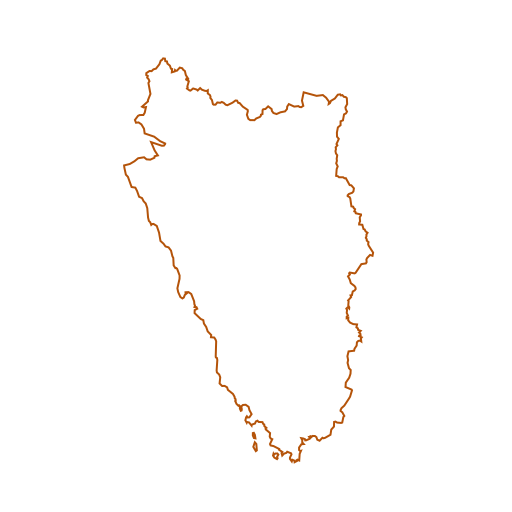 the district of Vohemar, Sava, Madagascar, rotated 171°
{"feature_id": "10022922B16213196407560", "entity_name": "Vohemar", "entity_type": "district", "adm_level": 2, "iso_a3": "MDG", "parent_name": "Madagascar", "parent_adm1": "Sava", "projection": "mercator", "projection_center": [49.724, -13.453], "detail": "fine", "context": "isolated", "style": "outline", "palette": "amber", "viewbox_px": 512, "rotation_deg": 171, "n_neighbors": 0, "source": "geoboundaries", "source_scale": "gbopen_adm2", "svg_char_len": 6054}
<svg xmlns="http://www.w3.org/2000/svg" viewBox="0 0 512 512"><g transform="rotate(171 256 256)"><path d="M183.0,121.2L181.1,124.9L180.3,128.6L181.7,130.6L182.3,136.1L181.3,138.8L181.4,142.7L179.5,147.3L173.9,147.1L173.2,149.0L170.6,151.8L169.8,155.0L168.3,156.1L166.6,156.2L165.4,155.1L165.3,158.2L164.3,159.1L166.8,160.7L166.5,161.2L165.1,161.4L165.1,163.0L166.2,164.3L164.3,165.7L166.7,167.1L166.7,168.6L168.0,169.8L166.9,172.6L170.6,173.5L173.5,175.5L175.0,178.1L174.5,180.5L176.2,180.3L175.9,181.9L174.5,182.8L175.3,185.6L174.5,188.5L175.0,189.9L173.3,191.1L172.2,189.6L171.9,190.7L172.6,192.8L171.6,196.9L172.0,197.7L168.5,200.5L168.8,202.3L167.4,202.3L166.0,205.8L163.9,206.6L162.7,207.8L162.7,209.5L163.5,211.1L166.6,214.3L167.1,218.1L168.3,221.5L166.2,223.0L166.7,224.4L166.0,225.0L161.3,223.4L160.3,223.8L153.2,231.5L148.6,231.5L147.7,232.6L147.5,235.3L146.6,236.6L143.2,239.2L140.9,238.0L139.8,241.0L143.1,248.6L143.4,250.2L142.7,252.1L144.2,253.9L144.0,255.2L144.7,256.8L143.8,258.2L143.6,259.9L142.2,261.5L143.9,263.2L144.5,265.2L145.6,265.8L146.1,270.2L149.2,271.0L148.9,272.4L147.8,273.9L147.5,278.0L145.9,279.8L145.8,280.6L150.8,282.6L150.9,284.1L151.9,284.7L150.8,286.7L152.0,288.1L152.3,289.5L154.0,290.1L153.9,298.0L154.3,299.4L156.1,300.8L156.0,301.6L154.6,302.7L151.1,303.4L149.7,304.5L148.7,307.5L150.8,310.9L152.4,311.4L155.1,318.8L156.4,318.9L157.6,320.1L161.7,320.8L162.7,322.0L164.3,322.6L162.7,329.3L161.3,331.7L162.3,335.0L161.2,337.3L161.1,339.4L160.0,342.8L161.0,344.8L161.1,347.2L160.3,349.0L160.3,350.9L158.3,352.6L159.0,354.0L155.9,358.7L157.3,361.2L156.8,365.2L155.0,370.2L152.0,372.0L151.4,375.8L148.9,376.4L146.9,382.1L144.8,382.8L143.5,384.4L144.4,386.8L144.4,388.9L142.2,391.8L141.6,397.7L142.5,398.9L144.3,399.5L145.5,401.4L147.0,401.3L147.6,402.5L150.0,402.5L153.5,399.2L157.7,397.5L159.1,395.4L160.4,394.8L159.7,396.9L162.0,401.4L164.8,404.5L171.1,404.7L183.3,410.2L186.3,402.3L185.8,396.9L188.1,395.9L189.7,396.4L190.6,397.4L194.9,397.6L199.8,400.9L201.8,398.7L202.4,396.3L204.7,394.3L209.4,394.1L213.5,393.0L216.4,394.5L217.6,396.8L217.6,398.7L220.6,401.9L223.7,399.7L225.9,399.8L226.7,399.0L227.4,395.2L229.0,394.8L229.3,393.7L230.5,392.7L234.3,391.8L236.3,390.4L240.5,391.1L242.1,392.7L242.9,396.9L241.4,400.3L241.4,401.6L245.7,405.6L248.3,409.7L249.6,410.0L250.4,412.4L251.9,412.8L255.2,411.1L260.7,409.4L262.3,410.2L263.9,412.3L265.7,413.5L267.3,412.9L270.2,413.7L272.3,411.8L274.2,412.1L274.8,412.8L275.1,416.9L276.4,419.3L276.0,420.5L276.3,422.1L278.2,424.1L277.7,427.2L278.9,426.7L280.5,427.1L283.4,428.7L284.9,430.6L287.7,428.6L288.6,429.7L291.9,431.3L294.8,429.6L295.7,429.9L298.0,432.2L297.1,433.2L297.3,434.2L295.0,439.1L297.4,441.2L297.1,441.8L295.7,440.9L295.2,441.5L297.0,445.7L297.3,449.8L298.9,451.5L299.4,452.9L301.8,454.0L305.1,451.4L306.2,451.4L306.9,452.3L307.4,451.0L310.4,450.6L309.6,453.8L310.7,454.3L311.3,457.5L313.4,459.9L313.5,462.1L315.1,462.6L315.1,465.2L316.8,465.7L318.4,464.2L319.5,463.9L321.4,460.5L325.5,456.7L328.1,456.4L330.2,454.9L332.2,455.4L335.7,453.8L336.1,451.9L334.7,450.7L335.6,449.2L334.4,447.4L333.9,445.3L335.2,443.7L334.9,432.6L338.4,426.7L338.5,425.6L345.2,421.3L343.8,420.3L341.4,420.3L343.5,414.9L345.2,412.9L348.9,413.4L350.6,412.9L354.3,409.3L353.7,406.4L351.1,406.3L348.6,403.9L346.7,399.2L346.8,394.5L337.9,389.8L332.7,384.4L328.1,381.3L328.3,380.7L329.7,379.4L331.7,379.6L341.8,384.9L339.6,376.1L337.2,370.7L340.5,370.4L341.0,368.9L345.4,367.7L349.0,368.6L351.1,371.0L357.1,371.0L361.2,368.6L366.3,366.6L372.1,366.1L372.2,363.8L371.8,356.7L370.1,354.2L368.1,343.6L364.5,342.4L363.3,338.8L362.2,332.8L359.5,331.0L358.4,327.6L356.7,325.1L355.9,320.3L356.6,310.8L356.3,307.4L355.2,305.9L354.6,303.1L353.5,303.8L352.2,303.7L349.3,301.2L348.1,294.2L348.0,285.8L345.4,282.6L343.9,279.6L341.0,278.2L339.1,274.6L338.6,268.8L338.0,267.0L338.8,259.6L337.5,256.6L336.6,256.6L335.9,255.7L334.5,248.7L335.1,245.4L338.7,236.4L338.5,232.5L337.1,227.3L335.3,225.6L333.8,226.3L332.4,228.7L330.5,229.8L331.4,230.2L331.3,231.2L328.3,230.9L325.9,228.6L324.2,221.0L324.4,218.0L324.0,216.7L324.7,215.2L322.8,214.8L322.3,213.1L325.0,212.2L325.6,209.2L320.4,202.4L318.1,200.9L318.0,197.4L316.3,193.7L315.5,189.1L312.6,185.0L313.2,182.8L310.0,182.0L309.0,179.7L308.7,177.9L311.5,163.1L311.5,162.1L310.5,161.3L310.5,159.2L312.8,149.1L312.8,147.1L310.9,144.7L310.3,141.8L311.9,135.8L309.8,132.9L307.3,132.6L305.1,130.8L304.7,128.2L300.3,123.3L299.2,120.3L299.2,118.6L298.6,117.9L298.7,116.1L299.2,115.9L298.4,113.0L296.8,110.8L296.1,111.2L295.3,110.2L295.8,107.8L295.2,105.5L294.4,105.7L294.0,107.0L294.1,109.7L292.2,110.9L289.5,110.7L286.9,108.2L286.6,104.8L285.1,100.5L287.8,97.7L289.5,97.8L290.1,99.1L291.0,98.2L292.2,95.4L291.3,92.9L291.0,93.5L288.9,92.7L286.9,89.2L286.6,90.1L283.2,90.7L282.0,92.6L280.3,93.1L279.4,91.7L275.6,90.9L275.2,89.1L274.2,88.3L274.4,86.8L272.7,84.7L273.5,84.4L273.5,83.2L269.8,78.9L270.7,75.4L270.1,73.5L268.6,72.5L271.6,68.1L271.2,66.6L268.4,65.5L263.3,61.8L263.6,61.1L260.6,58.3L261.6,57.4L261.3,54.8L259.3,56.4L256.8,56.8L255.8,57.8L252.2,55.6L252.0,54.5L254.0,51.6L254.2,50.3L252.8,47.5L252.0,49.1L250.0,47.8L250.1,46.3L247.5,47.2L247.7,48.0L246.9,48.4L245.3,47.3L243.8,53.8L242.1,56.5L242.8,56.4L243.8,57.6L243.4,60.1L240.6,63.0L238.3,62.8L239.5,64.7L239.1,66.8L239.8,69.0L237.7,68.3L236.2,67.3L236.2,66.2L235.3,66.1L231.5,67.1L231.2,67.5L231.7,68.8L230.6,68.5L230.5,70.3L229.9,68.3L228.2,69.4L226.0,69.0L224.7,67.7L224.2,65.0L222.1,63.6L218.8,66.1L217.8,65.4L216.2,65.6L210.4,67.8L208.8,72.8L205.7,75.3L204.8,79.9L203.4,80.0L202.0,78.8L198.0,77.8L196.9,78.0L194.9,83.3L193.8,84.2L195.2,88.1L196.7,89.7L196.6,90.5L195.4,92.3L192.2,94.4L186.8,100.3L185.1,102.3L182.2,108.3L182.5,109.1L188.1,112.6L187.1,116.9L183.0,121.2ZM286.3,72.2L288.5,67.9L286.7,63.3L285.6,63.9L285.1,70.3L286.3,72.2ZM270.4,56.2L269.4,54.0L267.0,52.1L266.3,52.8L266.6,54.3L265.0,56.3L265.8,57.6L267.9,57.9L269.4,56.8L269.7,57.8L270.4,56.2ZM285.8,81.7L286.8,81.6L287.2,79.2L286.5,76.5L285.1,76.0L285.1,79.5L285.8,81.7Z" fill="none" stroke="#b45309" stroke-width="2"/></g></svg>